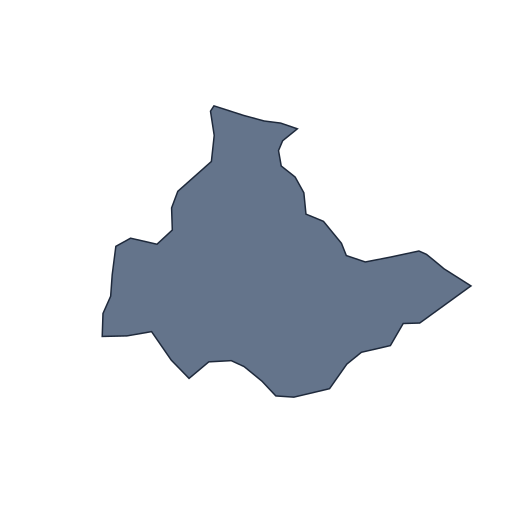 Jeonju-si, North Jeolla, South Korea (Robinson projection), rotated 151°
{"feature_id": "91817680B88957070935676", "entity_name": "Jeonju-si", "entity_type": "district", "adm_level": 2, "iso_a3": "KOR", "parent_name": "South Korea", "parent_adm1": "North Jeolla", "projection": "robinson", "projection_center": [127.109, 35.81], "detail": "fine", "context": "isolated", "style": "filled", "palette": "slate", "viewbox_px": 512, "rotation_deg": 151, "n_neighbors": 0, "source": "geoboundaries", "source_scale": "gbopen_adm2", "svg_char_len": 816}
<svg xmlns="http://www.w3.org/2000/svg" viewBox="0 0 512 512"><g transform="rotate(151 256 256)"><path d="M145.3,118.0L86.1,125.2L82.5,125.6L97.7,153.5L102.6,166.1L106.1,174.8L111.1,181.4L138.1,189.6L163.3,197.8L176.8,212.6L175.1,225.7L180.2,253.6L192.0,268.4L183.5,288.1L183.5,293.0L183.5,306.1L190.3,322.5L185.2,337.3L176.8,343.9L158.2,347.2L170.0,360.3L183.5,370.2L198.7,385.0L220.0,407.7L225.6,404.7L234.1,381.7L249.2,360.3L271.1,355.4L293.0,350.5L306.5,339.0L316.6,319.3L336.9,314.3L357.1,332.4L373.9,332.4L390.8,309.4L402.6,291.3L417.7,279.9L429.5,260.2L407.6,248.7L384.0,240.5L380.6,206.0L373.9,181.4L348.6,186.3L328.4,176.5L320.0,165.0L311.5,143.7L306.5,124.0L291.3,114.2L256.0,104.3L229.0,117.4L210.5,120.7L181.9,112.5L160.0,125.6L145.3,118.0Z" fill="#64748b" stroke="#1e293b" stroke-width="1.5"/></g></svg>